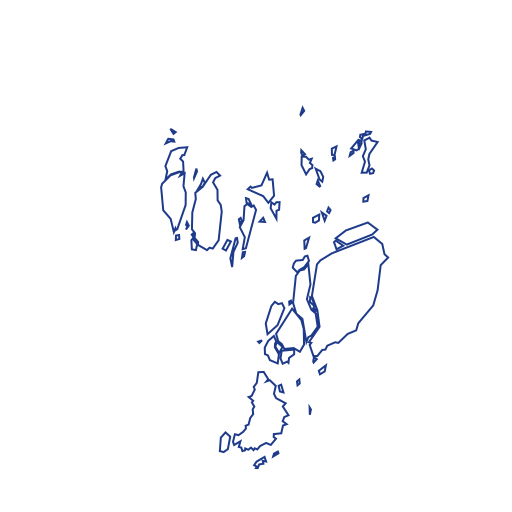 Karimun, Kepulauan Riau, Indonesia (Natural Earth projection), rotated 222°
{"feature_id": "22746128B38340908247842", "entity_name": "Karimun", "entity_type": "district", "adm_level": 2, "iso_a3": "IDN", "parent_name": "Indonesia", "parent_adm1": "Kepulauan Riau", "projection": "natural_earth1", "projection_center": [103.573, 0.836], "detail": "fine", "context": "isolated", "style": "outline", "palette": "blue", "viewbox_px": 512, "rotation_deg": 222, "n_neighbors": 0, "source": "geoboundaries", "source_scale": "gbopen_adm2", "svg_char_len": 6206}
<svg xmlns="http://www.w3.org/2000/svg" viewBox="0 0 512 512"><g transform="rotate(222 256 256)"><path d="M156.6,225.8L146.4,220.1L143.5,222.6L143.9,230.5L141.8,232.9L143.0,237.0L139.4,244.9L136.7,246.5L135.7,259.5L131.8,267.8L135.0,274.5L135.8,297.7L142.7,311.9L157.2,332.6L156.8,343.3L161.7,343.3L170.2,349.4L181.2,349.0L201.4,308.8L205.2,295.9L205.1,290.6L187.7,263.7L174.3,256.9L161.4,245.9L159.0,227.3L156.8,228.4L156.6,225.8ZM145.8,100.9L143.6,107.9L141.0,102.6L138.7,103.8L135.6,101.9L134.1,104.3L135.2,105.8L132.1,106.9L131.5,110.2L127.9,110.1L128.3,112.2L125.6,113.2L125.8,117.5L123.4,123.8L118.6,125.5L118.9,133.6L121.7,133.3L123.6,135.6L118.6,141.1L122.5,148.1L120.7,151.5L125.6,151.1L127.2,155.2L125.3,159.4L135.4,162.1L135.4,166.4L145.9,163.8L150.4,165.6L154.4,172.7L162.7,172.9L164.3,169.9L164.4,172.6L172.7,175.0L176.5,171.2L170.5,162.2L170.1,157.2L167.5,155.9L165.6,149.0L167.1,146.3L161.2,146.5L161.1,144.4L156.5,143.0L155.9,139.9L152.3,136.6L151.9,131.8L148.7,125.7L150.1,122.9L148.0,121.0L147.9,116.6L149.1,111.2L152.4,109.4L148.8,102.6L145.8,100.9ZM308.4,227.7L306.6,225.4L296.3,227.6L296.1,231.1L293.1,232.6L294.3,242.7L311.2,266.1L316.5,270.4L321.8,271.7L328.9,279.4L337.2,282.0L338.4,286.7L336.5,291.7L341.6,292.0L343.9,286.1L341.9,271.7L343.4,262.3L338.8,258.0L332.5,245.8L321.5,233.0L316.5,232.1L313.7,228.3L308.4,227.7ZM344.3,226.5L333.0,218.8L334.4,222.6L332.9,221.7L332.5,223.3L342.4,246.8L350.7,256.2L356.6,259.3L364.4,269.7L366.1,264.8L367.0,268.4L368.9,267.4L373.5,258.7L374.1,246.9L372.5,243.6L355.5,227.9L344.3,226.5ZM161.0,225.8L162.8,230.7L161.6,233.9L162.8,244.7L173.3,253.3L178.8,253.1L189.3,258.0L196.5,271.3L211.6,284.9L211.3,278.1L213.8,274.5L213.1,267.9L197.0,245.9L187.5,240.1L179.4,240.3L161.0,225.8ZM172.7,205.9L166.4,212.8L159.3,214.2L161.0,222.3L171.8,233.8L179.4,238.7L193.9,241.0L189.0,211.6L182.5,207.6L177.8,207.8L172.7,205.9ZM208.6,322.5L196.2,325.2L184.0,349.8L183.4,356.8L195.3,355.7L206.3,335.1L208.6,322.5ZM378.7,259.6L374.3,252.1L373.8,259.8L369.7,267.1L366.1,270.1L373.4,277.4L377.4,277.6L378.2,281.6L376.8,283.0L379.9,290.8L385.8,284.5L389.2,277.2L383.5,262.2L378.7,259.6ZM211.3,234.6L211.1,229.1L203.6,212.4L195.1,205.6L193.7,219.1L200.0,236.2L205.1,238.3L207.3,235.1L211.3,234.6ZM306.8,300.1L290.7,305.3L282.4,303.8L282.9,312.9L295.0,324.1L297.3,321.5L303.5,325.3L299.2,312.1L304.6,303.9L306.5,303.9L306.8,300.1ZM276.9,262.5L270.5,252.2L268.7,255.0L286.8,290.3L291.5,292.0L292.3,289.3L297.3,288.8L297.9,285.3L289.2,274.3L287.4,266.6L276.9,262.5ZM176.0,187.9L168.0,190.7L173.2,198.3L180.9,200.8L183.1,203.5L184.0,206.2L189.2,208.5L190.1,201.0L188.2,193.8L183.7,189.1L180.6,190.1L176.0,187.9ZM243.4,401.7L238.1,399.0L233.2,388.6L229.5,392.0L232.3,399.3L237.2,402.9L240.0,407.7L241.9,422.1L247.5,419.0L250.8,419.9L252.8,414.3L245.8,408.8L243.4,401.7ZM152.3,86.8L148.8,88.7L147.7,93.7L154.3,104.5L160.6,104.5L160.6,97.5L152.3,86.8ZM220.9,271.9L214.2,271.5L214.4,274.6L212.7,280.1L213.3,287.8L218.0,290.6L219.4,288.3L218.6,284.3L223.1,279.4L222.9,275.9L220.9,271.9ZM164.1,193.8L162.2,198.3L160.4,198.3L163.2,202.4L161.9,208.5L165.0,212.0L173.5,202.8L169.3,196.3L164.1,193.8ZM283.0,354.0L273.4,350.2L274.3,356.4L273.1,358.9L274.9,361.3L278.2,361.2L279.7,365.5L281.2,363.0L285.3,363.2L288.5,360.4L283.0,354.0ZM277.1,301.3L265.8,297.4L271.0,303.3L269.8,305.8L274.5,311.8L276.8,309.6L276.7,306.6L280.5,306.2L277.1,301.3ZM114.1,98.4L112.8,99.5L114.2,103.2L111.5,106.6L113.9,108.3L111.0,110.0L115.2,112.4L118.0,103.6L117.4,99.3L114.5,100.0L114.1,98.4ZM308.1,218.0L304.6,220.2L307.7,225.5L314.7,226.5L314.6,224.5L308.1,218.0ZM260.0,355.4L256.5,355.6L259.0,359.8L264.8,362.1L270.0,360.8L260.0,355.4ZM283.0,255.5L273.5,237.1L266.3,231.8L275.5,243.9L278.5,253.7L282.2,256.7L283.0,255.5ZM173.9,199.5L175.5,206.2L182.9,206.1L181.1,201.6L173.9,199.5ZM257.6,409.8L257.2,399.6L251.9,401.8L251.2,404.6L257.6,409.8ZM236.7,329.1L239.2,322.5L236.2,319.3L234.3,320.3L233.0,324.5L236.7,329.1ZM207.3,318.5L200.7,314.9L198.0,322.0L207.0,320.8L207.3,318.5ZM285.7,239.1L282.0,240.0L284.4,250.0L288.0,248.8L285.7,239.1ZM267.2,382.0L265.2,383.5L269.5,391.3L271.5,386.5L267.2,382.0ZM132.5,212.7L129.3,210.9L127.7,216.2L130.9,221.5L132.5,212.7ZM236.2,332.4L228.6,328.2L230.5,333.1L236.2,332.4ZM228.8,305.1L230.5,299.8L224.7,293.9L224.1,295.2L228.8,305.1ZM152.3,174.7L147.6,171.3L144.3,173.0L151.2,177.2L152.3,174.7ZM347.2,277.9L345.0,272.6L343.9,267.2L342.1,272.2L343.0,276.2L347.2,277.9ZM188.1,261.6L185.2,258.0L178.1,257.9L185.7,261.8L188.1,261.6ZM302.2,292.3L298.6,289.2L293.9,291.0L299.7,293.4L302.2,292.3ZM399.6,284.4L398.4,279.3L396.3,284.2L393.3,286.3L395.3,287.4L399.6,284.4ZM214.9,370.9L212.6,368.2L210.0,371.4L213.0,376.4L214.9,370.9ZM229.4,395.3L226.3,393.4L224.4,395.9L225.4,398.5L228.4,398.6L229.4,395.3ZM255.7,418.6L252.9,423.2L253.5,425.2L257.6,422.1L255.7,418.6ZM276.2,289.2L276.3,284.0L272.1,287.3L276.2,289.2ZM288.6,361.7L287.7,364.4L293.1,364.9L291.6,363.0L288.6,361.7ZM254.8,412.4L256.8,411.2L251.7,406.4L252.8,410.2L254.8,412.4ZM234.5,340.5L233.0,336.7L230.4,336.8L231.3,340.0L234.5,340.5ZM358.8,281.1L354.7,272.9L354.1,272.4L356.4,279.3L358.8,281.1ZM258.3,413.9L255.4,414.2L257.8,418.4L259.6,415.9L258.3,413.9ZM404.7,293.2L399.1,291.6L398.6,294.3L404.7,293.2ZM138.6,187.7L138.2,190.5L141.2,193.2L141.6,190.2L138.6,187.7ZM108.9,125.3L110.4,121.2L109.1,118.5L107.3,124.4L108.9,125.3ZM259.1,350.0L255.3,350.1L255.1,350.9L260.6,353.4L259.1,350.0ZM329.1,217.7L326.3,214.2L324.4,217.4L327.2,220.1L329.1,217.7ZM254.0,399.5L255.1,396.4L253.4,393.2L252.4,397.8L254.0,399.5ZM289.8,269.2L290.1,272.7L292.9,274.0L293.3,271.8L289.8,269.2ZM266.9,251.7L268.3,250.0L265.2,245.2L264.7,247.9L266.9,251.7ZM320.5,397.3L317.6,390.9L317.0,390.6L317.3,396.1L320.5,397.3ZM145.2,219.5L142.9,215.9L141.9,215.4L141.8,220.0L145.2,219.5ZM318.1,228.9L314.4,227.9L317.8,231.6L318.1,228.9ZM325.8,228.8L326.2,233.5L330.0,235.0L328.8,232.3L326.7,232.2L325.8,228.8ZM174.1,255.1L178.7,256.4L178.1,254.4L174.1,255.1ZM200.2,246.2L200.9,244.4L198.7,242.3L198.2,244.8L200.2,246.2ZM195.1,197.3L197.1,193.8L195.3,193.6L195.1,197.3ZM263.7,382.5L264.4,380.4L262.4,378.8L261.9,380.8L263.7,382.5ZM114.9,179.4L109.7,174.0L112.5,178.7L114.9,179.4Z" fill="none" stroke="#1e3a8a" stroke-width="2"/></g></svg>